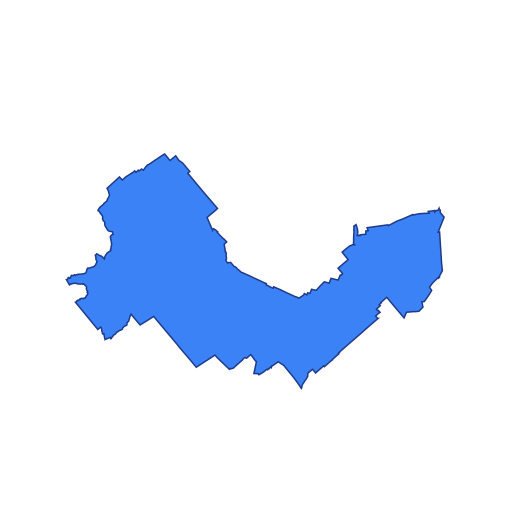 Calera, Zacatecas, Mexico (Natural Earth projection), rotated 48°
{"feature_id": "50627088B82170663698753", "entity_name": "Calera", "entity_type": "district", "adm_level": 2, "iso_a3": "MEX", "parent_name": "Mexico", "parent_adm1": "Zacatecas", "projection": "natural_earth1", "projection_center": [-102.752, 22.979], "detail": "fine", "context": "isolated", "style": "filled", "palette": "blue", "viewbox_px": 512, "rotation_deg": 48, "n_neighbors": 0, "source": "geoboundaries", "source_scale": "gbopen_adm2", "svg_char_len": 6116}
<svg xmlns="http://www.w3.org/2000/svg" viewBox="0 0 512 512"><g transform="rotate(48 256 256)"><path d="M217.1,424.0L218.9,418.8L220.4,419.2L220.5,418.7L219.9,417.2L220.0,416.5L219.8,415.9L219.5,414.7L219.8,413.5L219.9,412.1L219.4,410.9L219.9,409.0L220.0,407.4L220.8,405.4L221.0,404.5L220.3,403.1L220.1,401.2L220.5,399.7L221.0,398.5L220.3,397.4L219.4,396.7L219.2,395.7L219.3,394.4L218.1,392.4L216.8,390.5L215.6,387.8L229.7,388.3L232.5,372.5L269.8,373.8L271.7,374.0L287.8,374.4L298.7,374.8L302.2,352.8L306.1,352.8L322.4,351.6L322.3,350.4L322.9,350.4L324.2,347.8L324.1,345.2L324.2,335.8L323.8,333.1L323.9,332.6L324.0,332.4L325.6,331.5L325.7,327.8L325.8,325.9L327.0,326.0L333.6,326.6L334.7,326.3L340.0,333.5L341.9,336.2L345.0,333.1L345.8,333.4L346.2,333.3L347.0,329.8L347.4,326.4L347.4,323.8L348.4,323.5L348.2,321.6L348.6,321.5L348.3,319.4L349.2,319.3L348.2,317.9L348.5,317.7L349.3,312.2L349.4,310.3L356.1,308.5L358.1,308.7L366.3,309.1L368.1,309.1L372.4,309.4L377.3,309.9L384.8,310.9L384.5,310.1L383.5,309.0L382.9,308.1L382.3,306.4L382.0,304.8L381.6,303.9L381.0,301.0L380.5,299.6L380.3,298.7L379.9,297.9L378.9,297.1L377.8,295.7L378.0,289.8L382.8,290.0L382.9,279.3L384.0,279.3L384.1,271.4L384.3,268.6L384.0,268.5L384.1,260.1L383.6,260.0L383.6,258.8L383.2,258.9L383.7,230.8L383.8,217.7L384.1,206.9L383.7,207.3L380.6,207.3L380.7,203.0L380.9,201.5L378.2,201.5L377.9,201.7L377.9,202.1L377.6,202.2L376.0,202.1L376.1,196.9L374.5,196.9L374.6,194.3L374.1,194.3L374.2,189.0L374.2,186.5L401.1,187.4L398.5,181.8L403.1,175.7L404.1,174.7L406.1,171.8L405.7,166.1L404.4,165.4L401.1,163.4L402.5,161.4L401.1,155.3L400.0,151.3L399.1,148.5L395.3,147.9L394.2,142.7L394.0,137.7L393.9,135.2L394.6,135.3L394.5,133.7L393.9,133.7L391.7,127.4L385.4,122.8L361.0,103.5L360.2,104.7L356.7,97.7L353.0,90.2L348.0,90.0L347.5,90.0L347.0,90.0L346.3,89.4L345.4,88.6L345.1,88.4L344.2,88.5L343.7,88.4L343.0,88.0L343.8,90.3L342.5,92.0L343.0,93.7L341.5,93.2L341.5,93.3L338.1,98.2L340.0,98.8L336.7,102.7L333.6,106.7L330.7,111.8L330.1,111.7L326.4,122.9L324.5,127.6L322.0,137.3L321.1,137.1L309.3,154.5L312.2,155.7L310.9,157.6L313.3,159.9L311.5,162.2L309.7,165.0L310.3,165.2L308.5,167.1L306.4,164.3L303.7,162.5L299.6,160.6L299.3,163.4L300.5,164.2L301.5,165.3L302.3,166.0L303.4,166.8L303.9,167.3L306.4,169.9L309.5,172.9L310.3,173.4L311.3,174.7L311.6,174.9L313.6,175.3L312.2,176.5L312.0,177.7L311.2,179.6L310.9,184.4L310.7,189.3L311.0,189.5L320.3,190.0L320.0,203.2L327.2,203.5L327.2,206.2L326.6,206.2L328.8,211.1L322.8,215.2L325.1,219.8L320.9,222.5L321.2,228.6L321.8,234.2L317.9,237.0L319.9,241.0L317.9,242.2L318.9,244.2L316.3,245.2L316.9,246.9L316.0,252.4L315.4,252.7L315.2,252.6L313.5,253.3L313.4,253.6L313.0,253.8L301.5,258.8L296.9,260.6L294.8,261.6L291.3,263.2L290.7,263.5L291.5,264.6L291.0,264.9L290.8,265.2L287.4,266.5L284.0,267.8L283.4,266.8L280.4,268.2L274.6,270.6L270.3,272.5L266.0,274.2L261.9,276.1L261.7,276.3L260.4,276.7L260.1,276.9L259.7,277.0L258.8,277.5L258.2,277.9L257.5,277.9L254.7,278.2L254.3,278.4L250.9,278.5L249.9,278.7L249.3,279.3L243.8,279.1L241.9,281.9L240.8,281.6L239.5,281.5L238.8,280.9L238.5,280.3L238.4,279.8L236.4,278.4L235.0,277.3L234.2,276.3L232.8,276.2L232.8,275.7L232.1,275.7L230.5,274.8L230.5,274.6L225.9,271.8L226.0,268.6L225.9,268.3L221.5,268.5L221.3,268.7L215.3,269.0L212.4,268.9L212.4,268.3L209.6,268.6L208.3,269.1L208.2,269.0L207.3,269.3L207.2,270.1L207.8,271.0L194.6,266.6L195.0,255.0L194.9,252.8L171.4,252.2L148.8,251.3L148.9,248.6L146.4,248.6L137.6,248.3L133.6,249.3L133.1,249.3L127.8,248.6L127.5,256.0L119.1,255.6L118.8,256.6L118.0,261.9L116.9,269.5L116.6,272.2L116.3,274.1L115.7,275.6L116.1,277.9L115.9,278.1L116.9,282.3L114.8,282.8L114.6,286.0L113.5,286.0L113.5,289.2L111.5,289.2L111.6,292.3L111.5,292.5L111.3,292.5L110.0,300.5L110.1,304.5L105.9,304.6L106.0,321.4L108.0,321.9L109.6,322.5L110.1,322.9L112.2,323.8L112.7,324.2L113.1,324.9L114.1,327.2L114.3,328.5L114.8,328.9L115.1,329.4L115.4,330.7L115.2,331.9L115.3,332.6L115.1,333.5L115.3,334.3L115.6,334.6L115.3,338.4L115.4,340.0L116.2,342.5L116.6,343.1L117.9,342.6L120.6,343.2L121.9,343.1L123.6,343.4L124.2,343.6L125.7,345.2L127.6,345.9L129.1,345.7L129.8,345.9L131.3,347.2L132.2,347.8L133.2,348.1L134.0,348.3L135.0,348.4L136.6,348.8L138.1,348.9L138.5,348.8L138.9,348.7L140.5,347.7L141.9,346.5L144.4,347.7L143.8,348.9L144.0,350.9L144.3,351.5L146.2,352.6L148.9,354.2L151.2,355.9L152.1,357.5L153.1,358.4L153.9,359.9L154.7,360.0L154.6,361.6L154.3,363.0L154.2,364.6L154.4,365.7L154.8,367.4L155.5,369.0L156.8,370.6L155.6,370.8L154.8,370.7L154.3,370.6L153.8,370.8L152.8,370.9L151.9,371.5L151.3,371.5L150.5,372.2L149.3,372.3L148.5,372.6L147.8,372.9L148.0,373.5L147.9,374.4L147.8,374.8L148.2,375.1L149.8,375.8L150.7,376.7L151.2,376.8L151.7,377.4L153.6,377.9L154.1,378.3L154.5,379.6L154.8,380.3L155.3,381.1L155.3,381.3L155.4,381.9L155.3,383.0L155.5,383.7L155.0,384.4L153.3,388.2L152.4,389.1L152.3,389.5L152.6,389.8L152.9,390.7L153.7,391.9L154.6,393.5L154.4,394.9L153.7,396.1L151.9,398.8L150.4,400.7L149.8,402.0L149.6,403.2L148.8,403.2L148.5,403.3L148.3,403.9L148.4,404.2L148.4,404.6L148.2,405.1L147.6,405.6L147.1,405.8L146.9,406.2L147.2,407.0L148.0,408.3L148.1,409.0L147.9,409.4L147.5,409.6L146.8,409.4L146.5,409.7L146.4,410.1L147.1,411.3L147.0,412.5L146.8,412.7L152.7,414.0L152.8,413.4L152.6,412.9L152.8,412.3L152.9,412.1L153.3,412.0L154.0,410.2L155.5,408.4L156.5,407.6L157.0,407.5L157.6,407.0L159.4,405.3L160.0,404.5L160.8,403.3L161.2,403.5L161.4,403.3L161.6,402.8L162.3,402.5L163.7,402.7L164.5,402.5L165.4,402.6L165.9,402.9L166.7,403.9L167.3,404.2L168.6,404.7L169.4,404.6L169.7,404.7L169.7,405.3L169.8,405.7L171.4,406.0L171.8,407.1L172.1,408.6L172.2,409.3L172.8,410.3L172.9,410.9L172.2,411.8L172.4,412.6L171.7,413.0L171.4,413.5L170.7,414.0L170.4,414.6L170.2,415.1L170.1,415.6L170.6,415.9L170.6,416.3L170.2,417.0L170.1,417.5L169.9,417.5L169.6,417.9L169.6,419.0L169.8,419.4L169.5,419.6L169.6,419.8L169.8,419.9L169.9,420.2L169.8,420.8L169.6,421.1L204.8,422.7L204.9,418.9L205.8,419.1L207.1,419.7L208.5,420.7L209.6,421.2L210.5,421.8L211.4,422.1L212.0,421.1L213.8,422.3L215.0,422.9L216.3,423.7L216.9,423.7L217.1,424.0Z" fill="#3b82f6" stroke="#1e3a8a" stroke-width="1.5"/></g></svg>